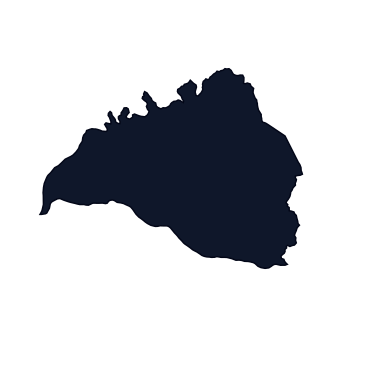 Guaíra, São Paulo, Brazil, rotated 313°
{"feature_id": "56859067B77662640599677", "entity_name": "Guaíra", "entity_type": "district", "adm_level": 2, "iso_a3": "BRA", "parent_name": "Brazil", "parent_adm1": "São Paulo", "projection": "natural_earth1", "projection_center": [-48.367, -20.336], "detail": "fine", "context": "isolated", "style": "filled", "palette": "ink", "viewbox_px": 384, "rotation_deg": 313, "n_neighbors": 0, "source": "geoboundaries", "source_scale": "gbopen_adm2", "svg_char_len": 4406}
<svg xmlns="http://www.w3.org/2000/svg" viewBox="0 0 384 384"><g transform="rotate(313 192 192)"><path d="M124.5,76.7L120.2,76.4L116.1,75.0L109.6,75.5L108.0,75.4L106.4,75.3L104.8,75.5L102.9,76.1L97.6,78.1L94.1,80.3L89.9,83.6L88.1,85.6L81.5,91.9L76.3,94.9L74.2,95.6L72.0,96.1L73.0,97.2L74.8,98.6L76.2,99.7L77.6,100.1L79.5,99.6L82.8,98.8L86.7,96.4L88.7,96.1L90.3,96.5L92.4,97.2L95.4,98.3L97.2,99.9L98.7,104.0L100.6,108.2L101.5,110.0L103.9,114.2L104.9,116.1L106.4,118.6L109.2,121.5L110.2,123.4L111.8,125.3L114.1,126.2L115.5,126.7L116.8,127.6L119.6,130.8L120.9,132.1L122.8,134.0L124.6,136.7L126.0,137.6L128.3,137.3L129.9,137.7L131.8,139.1L132.8,141.0L133.4,144.3L135.5,147.3L136.9,149.8L137.6,152.1L138.9,155.8L139.2,157.5L138.9,160.4L137.6,166.2L137.4,170.3L137.8,172.7L138.1,176.0L138.2,178.1L138.6,180.9L139.6,184.6L140.9,187.0L141.8,188.6L143.4,190.2L145.7,191.8L147.6,194.0L149.1,195.6L150.3,197.0L150.9,198.5L151.1,200.7L150.5,205.0L150.2,207.0L150.1,209.4L149.9,211.6L149.5,213.6L149.4,216.0L149.3,218.0L149.0,220.7L149.1,222.5L149.5,224.8L150.0,228.7L150.2,231.8L150.7,233.8L151.5,236.5L152.1,240.2L152.4,242.5L153.3,244.8L154.6,247.0L156.5,249.3L157.4,250.7L159.6,252.9L161.7,254.2L163.3,256.6L164.1,257.9L166.9,260.9L168.0,262.2L170.5,266.7L171.2,268.5L172.1,270.7L174.3,272.8L175.9,275.1L177.1,277.6L178.1,278.8L179.4,280.3L180.6,282.1L182.2,285.0L182.7,287.0L182.7,290.9L183.7,293.9L184.9,295.8L186.0,297.5L188.9,299.9L191.5,300.6L193.2,300.9L194.9,301.4L196.5,302.7L197.9,305.1L198.9,306.8L200.5,308.4L202.0,310.0L204.1,311.0L204.1,309.4L204.4,307.1L205.4,305.1L204.4,302.8L205.6,300.9L207.5,300.8L210.2,301.2L212.0,300.6L213.2,299.2L215.6,299.3L216.6,298.0L218.2,298.3L218.9,300.7L221.4,301.9L223.1,303.1L225.9,303.0L227.3,300.6L229.3,299.2L230.1,296.5L232.4,295.4L234.8,294.6L236.9,293.5L238.5,293.2L241.0,293.2L241.2,291.1L242.8,289.1L244.3,286.6L246.0,284.2L246.1,281.7L246.9,280.2L245.8,277.8L244.6,275.9L246.9,273.6L246.6,271.4L248.1,270.6L248.2,268.0L250.3,267.5L251.8,267.4L253.4,267.1L255.5,266.6L257.5,265.5L259.5,264.1L261.2,264.0L264.0,263.0L265.9,263.0L267.5,263.0L268.8,261.5L270.7,260.8L272.3,259.9L272.9,257.8L274.1,256.8L275.9,257.8L278.1,259.7L280.3,260.6L281.2,259.1L282.1,257.2L284.2,255.0L285.6,252.1L286.2,249.5L296.4,221.8L293.3,202.6L292.8,199.8L292.3,198.1L291.2,195.9L292.1,194.0L293.2,192.9L294.5,191.0L295.9,189.7L296.4,187.9L297.3,184.7L298.9,182.2L300.2,180.5L301.3,179.4L302.2,177.9L303.4,176.5L303.7,174.1L305.0,171.3L306.1,169.1L307.7,167.7L309.8,166.4L309.7,164.5L309.7,162.9L310.7,160.8L309.4,158.1L307.5,157.1L306.6,155.6L309.0,153.8L311.1,151.9L312.0,149.4L310.4,147.5L308.5,146.3L307.2,144.6L306.3,142.1L306.8,140.1L307.6,137.7L307.4,135.0L305.7,133.6L304.7,132.0L302.3,131.7L300.2,130.3L298.6,130.0L297.4,127.9L295.3,128.1L293.1,127.4L290.1,127.3L288.3,126.9L286.3,127.6L284.9,126.9L284.2,125.0L282.7,125.1L280.6,124.8L278.0,126.2L277.0,127.6L275.6,128.2L274.6,129.8L272.9,130.5L270.6,131.0L268.3,130.9L266.2,131.0L265.4,129.1L267.2,126.2L269.0,125.1L271.8,123.7L273.0,122.0L272.5,119.0L272.6,114.5L270.3,114.9L268.6,114.8L267.1,114.0L265.5,113.0L263.6,113.5L262.1,112.3L259.8,112.4L257.3,111.6L255.6,112.8L254.9,114.4L254.9,116.5L254.8,118.8L253.4,121.4L252.8,123.9L251.4,124.6L251.0,122.4L250.7,120.8L249.8,119.1L247.7,118.5L245.9,116.9L243.5,116.3L241.8,116.3L240.1,116.9L237.1,116.1L235.3,115.2L233.9,113.4L231.6,112.6L230.5,109.2L230.5,107.3L232.3,104.7L231.7,102.6L231.6,100.4L232.7,98.4L233.0,95.0L233.8,91.6L233.1,88.9L230.6,89.8L229.7,91.4L228.1,90.9L226.5,91.8L226.4,94.6L226.8,97.2L226.3,98.9L225.1,99.9L223.5,100.3L222.2,102.9L221.7,105.7L219.2,106.6L217.3,106.8L214.8,106.2L213.8,104.8L212.8,103.5L211.6,101.3L209.8,96.8L207.9,96.0L206.2,97.6L202.8,96.7L201.6,94.2L202.1,92.4L204.1,92.0L205.6,91.8L207.2,91.8L209.3,88.6L209.0,86.7L207.2,85.0L205.0,85.7L203.4,86.0L201.6,86.2L200.0,87.7L198.2,86.9L196.8,86.9L195.4,88.3L194.5,91.4L192.8,92.6L191.6,91.0L191.2,88.3L192.5,86.7L193.0,85.1L193.5,81.3L195.1,79.0L195.0,77.2L192.6,77.2L190.8,78.5L190.3,80.7L188.1,85.0L186.3,86.1L184.7,83.5L183.9,82.0L181.9,82.0L181.3,83.9L180.5,86.7L179.3,88.1L177.8,88.0L175.2,84.8L174.5,82.7L173.3,80.2L172.3,78.5L171.2,77.3L170.0,75.7L168.4,74.7L167.0,74.0L165.1,73.0L163.0,74.0L159.7,74.0L157.2,75.1L154.3,77.2L149.5,78.0L146.6,79.4L142.3,79.9L137.9,79.8L135.5,79.2L129.5,76.9L126.8,76.8L124.5,76.7Z" fill="#0f172a" stroke="#020617" stroke-width="1.5"/></g></svg>